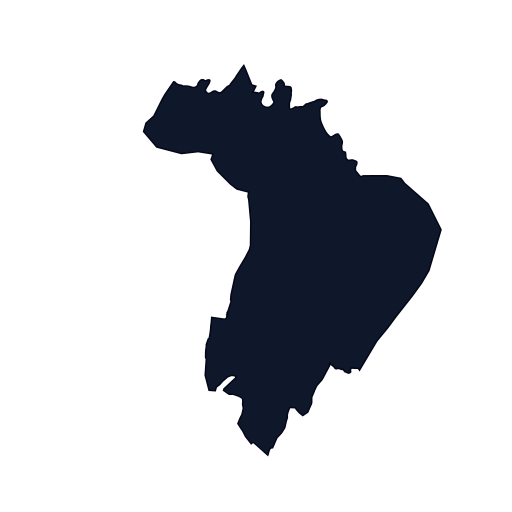 outline of Mártir de Cuilapan, Guerrero, Mexico, rotated 28°
{"feature_id": "50627088B19885629704089", "entity_name": "Mártir de Cuilapan", "entity_type": "district", "adm_level": 2, "iso_a3": "MEX", "parent_name": "Mexico", "parent_adm1": "Guerrero", "projection": "natural_earth1", "projection_center": [-99.386, 17.807], "detail": "fine", "context": "isolated", "style": "filled", "palette": "ink", "viewbox_px": 512, "rotation_deg": 28, "n_neighbors": 0, "source": "geoboundaries", "source_scale": "gbopen_adm2", "svg_char_len": 6032}
<svg xmlns="http://www.w3.org/2000/svg" viewBox="0 0 512 512"><g transform="rotate(28 256 256)"><path d="M286.1,122.4L285.7,122.4L284.4,122.9L283.9,122.9L283.1,122.6L281.8,121.7L281.1,120.6L280.0,118.8L279.0,115.4L278.6,114.6L278.0,113.9L276.3,112.6L274.1,111.2L272.4,110.3L271.7,109.8L271.1,109.9L270.4,110.1L270.0,110.6L269.3,111.3L268.4,112.7L267.4,114.5L267.0,115.1L266.7,115.4L266.4,115.7L265.8,115.9L265.1,115.8L263.7,115.5L262.6,115.1L261.8,114.9L261.3,114.6L260.9,114.5L259.1,113.6L254.8,110.7L252.8,109.1L250.2,106.9L248.4,104.8L246.7,102.2L245.1,99.3L244.1,97.6L243.4,95.9L243.2,94.9L243.3,94.1L243.6,93.5L244.0,93.0L244.8,92.1L245.4,91.0L246.1,89.1L246.3,88.1L246.4,87.4L246.4,86.7L246.4,86.3L246.1,85.9L245.4,85.7L244.7,85.7L244.1,85.9L243.4,86.2L242.9,86.4L242.4,86.5L241.0,86.7L240.5,86.9L238.9,87.7L237.8,88.6L236.7,89.6L236.2,90.2L235.2,92.0L234.3,92.8L233.3,93.9L232.0,95.2L230.3,97.1L229.8,97.6L228.9,98.3L228.6,98.8L228.2,100.2L227.6,101.7L227.4,102.2L227.1,102.4L226.4,102.6L224.4,103.8L223.8,104.4L223.2,104.8L222.5,105.1L222.0,105.3L220.9,105.8L220.5,106.3L219.6,107.9L218.5,109.4L217.9,110.0L217.4,110.2L216.8,110.2L216.0,109.6L214.6,107.1L213.8,105.6L213.4,104.2L213.1,102.2L213.1,101.7L212.7,100.9L212.2,99.3L211.4,97.0L210.5,95.7L210.3,95.3L210.1,94.4L209.7,93.5L209.2,92.7L208.5,91.7L207.8,90.9L207.1,90.6L206.3,90.7L202.5,92.3L201.5,92.6L201.1,92.6L200.8,92.2L200.5,91.8L200.4,91.2L200.0,90.7L199.3,90.1L197.9,89.4L196.7,89.0L195.7,88.7L195.3,88.9L195.0,89.1L194.3,90.0L193.6,91.2L193.2,92.2L192.9,94.0L192.9,94.5L193.0,95.3L193.3,96.0L193.7,96.5L194.3,97.3L194.5,98.0L194.8,99.6L194.9,101.5L194.5,105.2L194.5,106.4L194.9,107.2L195.8,108.5L198.5,110.7L199.7,111.4L199.8,112.0L199.7,113.5L199.2,115.7L198.4,117.5L197.7,118.4L197.2,118.9L195.5,119.8L194.1,120.1L193.0,120.2L191.5,120.1L190.8,119.9L190.0,119.5L189.3,119.1L188.3,118.1L187.9,117.7L187.6,117.1L187.0,113.8L187.1,111.7L187.0,111.3L186.6,110.3L186.1,108.1L185.8,107.7L185.6,107.5L185.4,107.4L184.8,107.5L184.4,107.6L184.0,108.1L183.4,108.8L183.0,109.4L182.6,110.5L182.3,110.9L182.0,111.2L181.7,111.3L181.2,111.1L180.8,111.1L179.8,111.6L179.4,111.6L177.9,112.2L176.4,113.1L176.2,106.1L171.9,106.9L159.1,96.1L155.8,93.5L155.3,96.2L155.0,98.8L154.2,106.2L154.1,108.8L152.8,115.7L152.7,116.7L152.7,117.8L151.7,119.0L151.2,119.8L150.7,121.1L149.3,125.7L148.8,127.2L148.1,128.3L147.5,128.9L146.6,129.3L146.1,129.4L142.7,129.4L142.3,129.6L141.7,129.9L141.1,130.4L140.4,131.4L139.5,133.1L138.7,134.1L138.2,134.5L137.0,135.1L136.4,135.0L135.2,134.5L134.5,134.3L133.9,134.0L133.6,133.5L133.3,132.8L133.2,132.1L133.2,130.7L133.5,125.7L133.3,124.2L133.1,123.3L132.9,122.7L132.6,122.5L132.3,122.4L131.9,122.5L131.0,123.0L130.4,123.5L129.6,124.7L129.1,125.1L128.8,125.3L128.4,125.3L127.9,125.2L127.5,125.1L127.0,125.1L126.3,125.3L125.7,125.6L125.0,126.2L124.6,126.8L124.3,127.6L123.9,130.0L123.9,131.1L124.2,131.9L124.2,132.5L124.2,133.2L124.0,133.9L123.7,134.7L123.1,135.5L122.2,136.3L121.0,136.9L119.4,137.2L118.5,137.4L116.4,137.9L115.5,138.3L113.6,139.2L112.4,139.9L111.6,140.2L110.9,140.2L110.0,140.3L107.0,141.2L105.6,141.2L104.5,141.1L103.6,140.9L102.6,140.5L101.5,140.8L99.8,155.9L99.6,161.3L100.1,180.3L96.5,190.3L98.3,198.9L117.2,206.4L142.1,200.5L155.9,191.0L170.1,186.1L170.9,190.6L171.0,191.8L181.9,199.0L199.9,204.5L206.7,205.7L208.1,205.8L219.4,203.0L221.0,207.3L223.2,209.7L235.3,228.2L246.1,249.1L247.2,253.4L247.3,262.2L246.8,272.5L246.6,281.6L246.8,282.9L252.1,301.8L254.2,306.7L255.3,307.5L257.0,316.9L257.1,317.9L257.2,318.3L257.1,318.9L257.3,319.0L257.3,319.3L257.0,319.8L256.6,320.1L257.4,319.8L257.4,320.0L257.8,320.0L257.8,320.5L258.4,320.6L258.7,321.0L258.1,321.4L257.8,321.8L258.2,322.0L258.4,322.3L258.7,323.3L258.9,323.6L258.9,323.8L259.0,323.9L258.9,324.5L259.1,325.3L257.8,326.6L257.7,326.8L257.3,326.8L245.7,331.0L247.7,335.6L249.0,339.1L250.3,341.9L252.0,346.5L253.3,350.5L252.8,351.7L253.7,357.5L254.7,359.4L256.1,363.3L259.0,369.1L260.6,370.5L267.1,385.1L277.6,396.6L283.3,394.1L282.5,390.3L284.2,386.8L285.3,382.2L287.7,376.0L290.3,373.0L293.5,371.6L295.5,372.6L290.1,388.3L290.4,389.9L297.3,390.7L300.6,388.8L306.9,387.8L310.9,388.1L312.4,390.1L313.8,393.3L316.3,396.4L318.0,402.5L318.1,407.0L318.7,412.5L324.6,415.8L325.8,416.3L329.7,419.0L331.5,420.3L339.9,424.0L340.2,423.0L340.7,422.4L341.6,421.8L359.9,426.3L359.6,424.4L359.3,423.5L358.8,420.6L358.9,419.4L359.5,418.3L360.7,417.5L359.8,406.7L361.6,400.2L362.0,394.0L360.8,389.6L360.3,387.9L359.6,384.1L358.2,381.6L357.6,379.2L357.3,377.4L356.9,373.9L362.0,371.5L363.6,372.5L366.8,373.7L368.3,374.2L370.0,374.5L372.2,374.9L375.0,369.6L374.6,364.8L374.4,361.1L374.1,359.5L373.5,358.3L371.5,354.5L371.0,348.6L370.8,347.6L370.5,342.0L372.2,334.9L372.4,333.0L372.4,318.4L371.4,316.3L372.9,316.6L373.9,316.7L374.7,316.7L375.2,316.7L375.8,317.1L376.0,317.1L376.3,317.2L376.6,317.1L377.1,317.1L377.5,317.6L377.8,317.8L378.8,318.0L379.3,318.1L379.7,318.0L380.4,317.4L381.0,316.9L381.2,316.6L381.4,316.5L381.6,316.5L382.0,316.5L382.4,316.2L382.5,316.1L382.8,316.2L383.2,316.1L383.6,316.1L383.8,316.1L384.3,316.1L384.5,315.9L385.0,315.9L385.4,315.7L386.0,315.1L386.4,315.0L386.5,315.4L386.7,315.5L387.1,315.7L387.4,315.7L387.5,315.7L387.7,315.8L388.1,316.2L388.4,316.4L388.7,316.4L389.3,316.3L390.7,316.2L392.2,316.1L392.8,315.9L393.1,315.7L394.0,314.4L394.0,314.1L393.8,313.5L393.6,313.1L393.2,312.8L392.9,312.8L392.6,312.8L392.8,310.8L392.7,310.2L395.8,308.8L398.4,307.4L399.4,307.3L401.0,308.2L402.6,274.4L406.0,257.6L408.1,243.6L412.7,217.9L414.9,202.2L415.5,187.7L407.0,145.9L383.6,129.3L353.1,122.1L347.5,119.5L333.9,123.7L313.1,134.8L311.3,136.9L308.3,135.9L307.5,135.5L304.1,134.1L303.9,134.0L303.6,133.7L302.7,132.1L302.4,131.5L302.0,130.6L301.8,127.6L301.6,127.0L301.4,126.4L301.0,125.9L300.6,125.5L300.4,125.4L299.9,125.4L299.2,125.4L297.6,125.6L296.1,125.9L294.9,126.6L293.2,127.9L292.7,128.2L292.3,128.2L292.1,128.2L290.7,127.9L289.9,127.5L289.5,127.2L288.9,126.5L287.0,123.4L286.7,123.0L286.1,122.4Z" fill="#0f172a" stroke="#020617" stroke-width="1.5"/></g></svg>